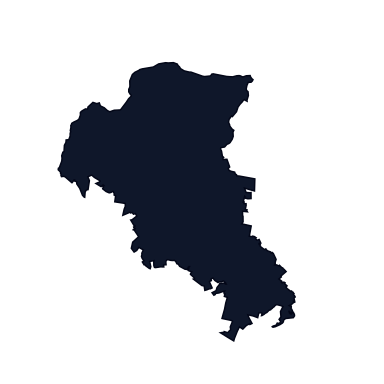 outline of Galesti, Mures, Romania, rotated 198°
{"feature_id": "2599482B64118138183254", "entity_name": "Galesti", "entity_type": "district", "adm_level": 2, "iso_a3": "ROU", "parent_name": "Romania", "parent_adm1": "Mures", "projection": "robinson", "projection_center": [24.743, 46.496], "detail": "fine", "context": "isolated", "style": "filled", "palette": "ink", "viewbox_px": 384, "rotation_deg": 198, "n_neighbors": 0, "source": "geoboundaries", "source_scale": "gbopen_adm2", "svg_char_len": 5973}
<svg xmlns="http://www.w3.org/2000/svg" viewBox="0 0 384 384"><g transform="rotate(198 192 192)"><path d="M267.4,298.9L277.4,293.7L279.6,292.2L280.0,291.4L283.3,288.2L285.0,285.3L285.5,278.4L283.7,273.4L283.6,272.1L283.9,270.2L283.1,267.7L280.9,265.8L279.6,265.1L279.4,264.4L281.1,261.1L282.1,257.4L285.2,248.5L285.8,247.8L291.3,245.7L295.0,242.9L297.7,243.3L301.5,245.0L305.3,245.5L306.1,246.0L307.7,248.1L309.9,246.6L313.9,246.6L317.2,240.7L316.9,239.0L317.3,238.3L318.6,238.3L319.6,237.5L321.9,234.8L322.6,233.5L322.7,232.9L321.9,230.7L322.0,226.6L323.0,224.8L326.2,221.8L327.6,220.1L327.5,218.9L327.8,217.9L327.1,216.0L326.7,212.8L326.1,212.1L325.9,209.7L325.3,208.1L325.2,206.9L325.4,203.7L327.8,202.6L327.2,200.2L327.8,197.0L326.2,190.9L327.1,190.0L327.1,186.2L326.1,184.1L325.4,181.1L325.7,174.5L325.8,174.0L326.4,173.3L326.1,171.8L322.9,170.2L323.0,169.4L321.8,168.3L321.9,167.6L320.9,166.3L319.0,167.2L317.3,167.2L309.1,163.7L308.9,163.8L307.8,167.2L307.3,167.2L307.3,166.4L306.9,166.1L304.8,166.1L304.1,164.1L299.9,160.8L295.1,155.0L292.9,153.8L292.4,153.8L293.6,158.9L293.3,160.8L292.6,161.6L291.6,162.1L293.1,171.1L295.8,174.3L292.6,177.1L289.4,175.7L283.2,174.3L282.8,173.7L283.0,173.0L286.0,170.4L280.1,169.0L278.8,171.4L277.6,170.8L278.4,169.6L277.6,169.1L278.1,167.8L277.9,167.4L273.8,165.9L270.5,165.6L269.1,166.4L267.4,168.2L266.9,168.2L266.3,167.2L265.3,166.4L265.2,165.1L263.5,164.8L262.4,158.8L252.0,160.5L251.0,157.8L251.2,154.7L250.6,148.5L244.7,153.6L243.9,153.1L242.6,154.0L240.8,152.8L239.1,154.0L237.1,152.0L240.5,147.0L241.6,146.4L237.0,142.4L235.9,142.3L235.6,142.0L236.7,140.7L236.3,140.2L234.7,139.8L234.8,139.0L236.2,138.3L236.3,137.9L235.1,137.9L228.9,133.0L232.9,126.0L232.3,119.7L228.5,117.0L226.5,119.3L225.5,122.9L220.4,121.9L220.8,118.3L220.3,117.1L220.2,115.2L218.8,113.4L216.4,111.7L217.6,110.1L215.1,108.0L214.6,108.4L213.4,107.6L209.2,106.2L208.1,106.1L208.1,108.2L210.8,112.9L206.9,115.0L206.8,113.7L205.5,110.1L204.4,108.7L203.4,108.8L198.8,111.1L195.7,112.0L196.5,113.9L194.2,114.8L195.3,117.4L195.4,118.1L195.1,119.3L194.2,120.2L191.1,120.4L188.7,121.0L187.9,121.6L186.1,121.0L184.2,119.1L183.7,119.0L182.9,119.3L180.8,117.5L174.9,116.4L172.7,116.8L172.6,118.0L172.0,120.1L171.3,120.3L171.5,117.8L171.3,116.2L167.5,115.9L168.1,113.9L168.0,113.2L163.1,111.0L162.8,110.3L163.8,109.6L153.7,106.1L151.4,106.4L149.4,102.4L147.7,103.5L145.9,105.1L144.5,105.7L143.2,107.0L147.7,112.0L147.7,112.4L146.2,113.7L147.0,115.1L146.1,116.2L145.5,116.6L142.9,114.9L139.3,113.9L138.3,115.1L136.1,115.8L134.8,117.0L134.0,117.0L132.2,116.1L130.9,115.0L131.4,114.7L132.9,115.2L134.2,115.0L134.5,114.6L137.3,113.6L137.5,112.1L138.7,108.9L138.6,105.6L141.8,102.4L139.3,100.6L138.3,101.6L138.2,102.6L137.5,103.2L135.2,104.3L131.4,107.3L130.3,107.9L130.5,106.1L129.9,105.2L129.1,105.3L129.0,102.7L125.8,102.7L125.6,96.9L124.8,90.5L124.4,81.0L115.9,81.9L113.9,81.9L113.5,81.5L113.9,75.5L112.9,73.5L112.8,72.6L113.7,71.3L114.1,69.7L115.6,69.2L118.3,69.2L118.3,68.1L119.8,67.8L121.4,66.9L112.8,64.8L106.3,63.3L106.4,65.9L105.9,73.5L105.2,78.4L101.3,77.3L99.3,81.4L98.4,82.6L96.6,84.4L96.0,83.9L94.3,85.5L99.0,90.0L101.0,92.5L95.4,93.0L90.7,92.8L91.1,97.7L89.2,98.4L87.8,98.3L87.7,95.9L87.3,96.1L85.6,98.0L84.9,99.3L83.6,100.5L82.2,103.3L80.8,104.3L80.4,105.4L79.8,106.0L79.4,107.0L78.3,108.5L77.9,109.8L76.6,111.1L72.4,111.4L70.1,111.2L70.9,105.6L68.8,100.7L69.8,97.8L69.2,97.5L69.0,97.1L68.5,97.1L67.9,96.5L67.9,94.7L68.8,93.9L70.4,93.7L70.9,91.3L73.4,89.6L74.1,88.7L73.8,88.5L73.1,88.5L71.3,89.5L67.4,93.0L65.5,95.3L65.0,96.7L65.3,98.4L63.9,100.6L56.8,103.8L56.2,105.9L57.0,107.6L57.8,107.8L58.1,108.5L59.3,107.7L60.1,107.8L61.0,107.1L59.8,106.8L59.9,106.3L60.3,106.3L61.8,106.9L62.9,108.5L62.7,108.6L61.6,107.6L60.1,108.5L59.2,108.6L58.9,109.1L61.0,111.4L61.9,111.8L62.0,113.4L62.6,114.4L63.0,114.5L63.7,113.9L64.5,114.0L62.0,116.7L61.3,118.2L61.6,119.1L60.6,118.7L60.2,119.1L61.9,122.0L62.2,123.0L62.0,123.9L61.5,124.0L61.6,124.3L64.0,126.2L63.7,127.0L64.3,127.2L64.9,127.9L66.0,128.0L66.7,128.6L67.6,128.1L71.8,129.6L73.3,130.6L72.6,132.1L75.5,133.4L75.4,134.4L76.8,134.7L78.0,133.3L78.9,133.6L78.9,134.8L82.5,136.1L80.8,138.8L81.5,139.5L77.9,145.4L80.6,146.9L81.6,147.2L82.2,147.8L83.4,147.9L86.1,149.3L86.3,148.6L89.2,148.8L90.9,148.2L90.7,149.6L91.2,151.0L91.2,153.9L95.7,158.7L97.0,159.2L97.2,158.5L97.7,158.3L98.7,159.3L102.0,159.4L103.6,160.1L104.2,160.7L105.4,159.6L110.1,161.3L111.3,162.5L110.7,162.9L111.4,163.7L112.1,163.3L112.3,163.8L110.8,164.7L113.5,167.6L115.2,166.2L117.1,167.2L117.2,167.6L116.9,168.3L118.6,168.4L118.6,168.9L120.6,168.8L120.7,168.2L123.8,167.6L125.2,178.0L134.9,177.1L134.2,179.4L136.0,184.7L136.4,184.7L138.0,189.3L133.2,190.3L134.3,191.3L134.2,192.0L135.9,191.8L136.4,196.0L137.0,197.6L138.9,197.0L139.4,198.6L140.2,198.2L140.6,204.3L140.1,204.1L140.0,203.1L139.4,202.6L136.8,202.8L133.8,204.0L135.7,209.7L136.6,209.2L140.4,208.3L143.3,211.9L132.9,212.3L136.3,223.9L151.8,221.8L154.4,221.2L155.1,222.3L156.2,222.3L157.6,224.1L161.0,223.8L162.9,223.9L163.7,224.2L164.9,225.9L163.9,227.4L168.9,233.9L172.5,232.5L173.1,233.6L172.6,234.7L174.2,235.5L176.6,240.1L178.1,241.6L178.3,243.1L174.9,244.9L173.5,248.2L172.0,249.4L171.1,250.7L170.1,254.4L170.0,257.6L171.5,261.5L171.3,263.6L173.1,264.1L176.5,266.4L176.8,267.3L178.8,269.6L179.2,272.4L178.1,276.0L177.9,276.5L176.9,276.2L174.5,282.1L174.5,287.0L173.5,290.2L171.9,293.6L171.6,295.0L170.7,296.1L169.9,295.7L167.7,295.4L168.1,296.2L168.2,301.2L169.7,304.7L171.5,305.5L172.3,306.8L172.7,310.1L172.4,313.7L169.8,314.6L168.9,316.2L168.7,317.7L170.0,318.2L171.7,319.4L172.7,320.7L176.3,319.3L178.9,317.3L179.9,317.1L181.7,317.4L183.1,317.3L185.3,316.4L188.9,314.1L191.9,313.3L194.7,312.6L208.4,310.9L209.7,310.1L210.0,308.6L210.7,307.9L215.7,305.7L217.7,305.4L230.0,305.7L231.6,305.2L236.9,304.8L241.1,305.8L242.5,307.1L244.6,308.1L245.4,309.1L249.6,309.3L254.4,307.4L257.1,306.8L263.3,303.5L267.4,298.9Z" fill="#0f172a" stroke="#020617" stroke-width="1.5"/></g></svg>